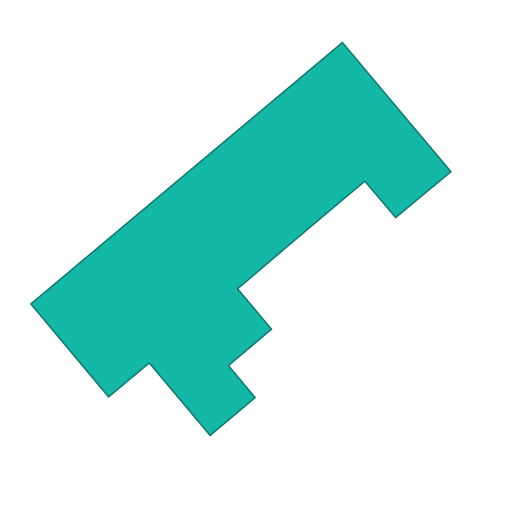 Fray Justo Santa María de Oro, Chaco, Argentina (Robinson projection), rotated 140°
{"feature_id": "61730980B15270173915808", "entity_name": "Fray Justo Santa María de Oro", "entity_type": "district", "adm_level": 2, "iso_a3": "ARG", "parent_name": "Argentina", "parent_adm1": "Chaco", "projection": "robinson", "projection_center": [-61.341, -27.818], "detail": "fine", "context": "isolated", "style": "filled", "palette": "teal", "viewbox_px": 512, "rotation_deg": 140, "n_neighbors": 0, "source": "geoboundaries", "source_scale": "gbopen_adm2", "svg_char_len": 754}
<svg xmlns="http://www.w3.org/2000/svg" viewBox="0 0 512 512"><g transform="rotate(140 256 256)"><path d="M52.6,364.0L163.6,364.0L211.5,364.0L325.9,364.0L459.3,364.0L459.3,363.1L459.3,343.9L459.4,324.0L459.4,309.1L459.4,304.5L459.5,242.8L437.6,242.8L412.7,242.7L406.5,242.6L406.5,237.2L406.5,154.2L406.5,148.0L404.0,148.0L347.7,148.1L347.6,185.7L347.5,189.8L316.8,189.9L291.2,190.0L291.2,192.9L291.2,207.7L291.2,242.7L274.3,242.8L229.6,243.2L227.8,243.2L227.6,243.2L222.6,243.2L157.7,243.4L124.5,243.3L124.3,195.7L52.8,195.3L52.5,195.4L52.5,227.6L52.5,239.1L52.5,242.5L52.5,243.0L52.5,243.5L52.6,252.6L52.6,273.1L52.6,277.6L52.6,292.8L52.6,304.7L52.6,317.1L52.6,327.9L52.6,341.0L52.6,364.0Z" fill="#14b8a6" stroke="#0f766e" stroke-width="1.5"/></g></svg>